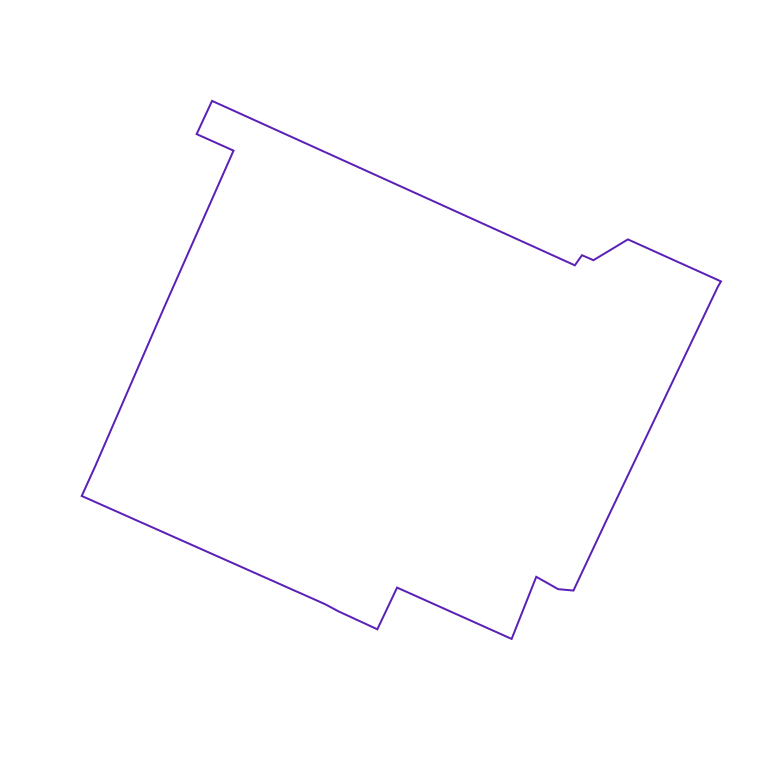 Carroll, Tennessee, United States of America, rotated 203°
{"feature_id": "52423323B38043667480018", "entity_name": "Carroll", "entity_type": "district", "adm_level": 2, "iso_a3": "USA", "parent_name": "United States of America", "parent_adm1": "Tennessee", "projection": "albers", "projection_center": [-88.503, 35.971], "detail": "fine", "context": "isolated", "style": "outline", "palette": "violet", "viewbox_px": 768, "rotation_deg": 203, "n_neighbors": 0, "source": "geoboundaries", "source_scale": "gbopen_adm2", "svg_char_len": 430}
<svg xmlns="http://www.w3.org/2000/svg" viewBox="0 0 768 768"><g transform="rotate(203 384 384)"><path d="M113.9,610.1L216.0,612.4L239.6,579.8L252.1,579.9L254.7,567.8L652.9,577.4L654.1,540.8L613.7,540.0L616.3,368.4L617.7,195.1L618.5,162.8L352.4,158.3L336.7,156.9L294.3,155.6L292.4,201.7L166.9,199.2L168.5,266.0L143.5,263.2L128.9,267.9L126.0,344.6L114.7,603.8L113.9,610.1Z" fill="none" stroke="#5b21b6" stroke-width="2"/></g></svg>